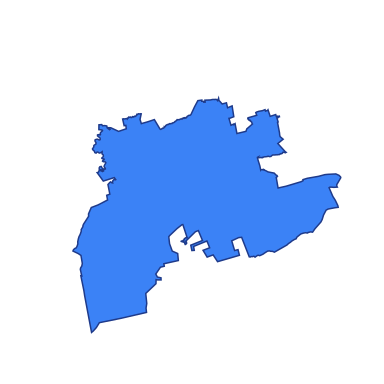 Almoloya de Juárez, México, Mexico, rotated 249°
{"feature_id": "50627088B78235087084668", "entity_name": "Almoloya de Juárez", "entity_type": "district", "adm_level": 2, "iso_a3": "MEX", "parent_name": "Mexico", "parent_adm1": "México", "projection": "robinson", "projection_center": [-99.803, 19.397], "detail": "fine", "context": "isolated", "style": "filled", "palette": "blue", "viewbox_px": 384, "rotation_deg": 249, "n_neighbors": 0, "source": "geoboundaries", "source_scale": "gbopen_adm2", "svg_char_len": 6107}
<svg xmlns="http://www.w3.org/2000/svg" viewBox="0 0 384 384"><g transform="rotate(249 192 192)"><path d="M265.0,115.5L263.6,115.4L262.8,116.2L262.7,116.6L263.3,117.5L263.3,117.8L262.9,118.5L261.8,119.2L261.5,119.6L261.4,120.9L261.8,122.5L259.8,121.7L258.5,122.4L257.3,122.2L256.5,121.3L256.2,120.2L255.9,119.9L255.5,120.0L255.0,120.5L254.5,121.6L254.0,121.8L253.6,121.4L253.2,119.8L252.9,119.5L252.1,120.0L251.2,121.8L250.4,122.1L249.8,121.7L248.3,119.8L247.4,119.1L246.6,119.1L245.4,119.5L244.6,119.4L244.5,118.8L245.3,117.7L245.4,116.9L248.4,116.4L248.6,115.1L247.9,114.1L246.5,113.5L245.8,114.1L244.4,117.0L243.7,117.2L243.3,117.0L243.2,115.7L244.3,114.8L245.3,113.5L245.1,112.7L244.1,111.9L244.0,111.4L244.1,110.4L234.0,113.1L233.3,124.6L230.9,125.2L230.9,124.6L231.4,124.4L231.6,123.7L231.0,122.2L230.2,121.8L229.4,121.1L229.0,121.1L229.5,120.3L230.6,119.8L230.4,118.7L229.1,116.2L219.4,114.5L219.5,111.2L214.8,110.3L213.6,99.7L213.6,92.4L208.6,87.5L206.4,86.8L200.9,79.3L199.9,78.3L198.6,77.6L196.6,75.1L195.1,74.6L192.6,72.5L190.8,70.5L189.0,69.1L186.5,67.5L184.4,66.8L182.4,65.1L181.3,63.8L181.3,62.6L180.8,61.1L180.2,60.2L179.5,59.7L175.3,63.7L172.6,65.6L164.6,64.0L162.4,62.6L160.9,60.7L159.7,60.0L153.1,59.0L153.6,58.2L138.6,55.7L133.6,54.6L96.9,47.9L97.6,50.0L99.7,54.1L103.2,58.7L99.5,80.7L95.9,106.4L100.1,107.5L104.1,109.8L113.9,112.5L119.3,125.5L123.1,127.1L122.3,128.3L121.0,131.6L123.0,132.3L125.0,129.2L128.4,128.8L133.1,135.6L132.6,139.5L135.1,140.0L132.9,154.7L139.7,156.6L143.9,152.4L151.7,152.5L158.6,154.3L159.4,155.7L163.2,164.9L165.1,171.0L164.9,171.8L151.2,171.1L151.2,170.5L151.5,170.3L151.3,169.9L151.5,169.6L151.1,168.1L150.6,167.6L150.2,167.7L150.0,167.3L150.1,166.6L149.8,165.9L149.6,166.0L150.0,164.5L149.9,164.2L149.7,164.2L147.6,167.0L147.2,167.2L146.7,166.8L146.2,167.1L145.5,166.8L145.3,167.2L146.0,168.6L147.3,168.9L148.3,168.5L153.7,181.0L153.7,184.1L143.0,184.4L142.8,171.8L137.4,170.9L136.7,173.2L140.6,174.0L140.9,188.2L140.6,188.2L140.6,188.4L133.6,188.5L133.6,181.4L125.8,182.8L125.7,189.2L117.8,190.9L115.9,213.6L121.7,214.3L122.1,210.8L132.2,211.6L132.7,219.2L131.9,222.1L110.9,222.2L110.4,223.3L110.6,223.9L109.9,225.5L110.0,226.2L109.5,227.1L108.6,227.5L109.3,230.3L109.2,231.2L108.3,232.4L108.4,234.6L108.6,236.7L108.8,236.9L109.7,241.3L109.3,243.1L108.4,244.2L107.8,245.8L106.3,247.4L108.5,261.7L109.3,263.6L109.9,266.3L110.3,267.0L111.0,270.6L111.0,272.5L111.9,273.3L112.4,274.1L113.8,278.5L113.7,281.1L113.3,283.4L112.4,284.9L112.3,285.3L112.6,285.6L112.3,288.3L111.3,290.2L113.6,293.6L117.8,301.6L119.7,303.7L123.3,306.5L127.0,310.7L127.3,313.1L126.1,319.7L125.3,323.0L127.0,323.3L133.0,322.8L137.4,321.9L146.9,321.5L147.1,322.2L146.8,323.4L145.5,326.1L144.5,329.4L145.5,329.3L146.9,329.7L152.0,336.0L152.9,336.1L154.9,335.2L157.3,332.8L159.8,325.2L160.6,322.3L161.3,315.7L163.5,304.5L163.8,300.0L162.8,299.8L162.5,297.7L163.7,281.9L164.9,273.8L175.2,275.8L175.1,276.1L176.0,276.8L176.1,277.4L177.1,277.2L177.4,276.7L180.2,275.5L183.5,270.2L185.6,268.4L186.5,267.3L186.9,267.4L187.6,266.7L187.2,266.4L188.2,264.4L187.9,264.0L192.0,264.7L198.4,265.1L200.9,265.5L201.0,266.4L200.7,266.0L200.6,266.4L200.0,266.8L199.6,268.6L199.2,268.9L199.1,269.9L198.9,269.9L198.7,270.3L199.0,270.9L198.8,272.8L198.5,273.3L198.1,275.2L198.2,275.8L197.2,277.1L197.1,277.6L196.9,278.4L197.6,280.2L197.6,280.8L197.0,282.2L196.9,283.0L196.7,283.2L196.7,283.9L196.2,284.6L196.1,285.7L195.6,286.8L196.0,288.0L195.8,288.1L195.9,288.8L195.6,289.4L195.8,290.3L196.3,290.7L196.2,290.9L196.5,291.4L195.5,293.0L195.2,293.1L195.3,294.1L196.2,293.5L206.5,289.5L208.6,296.0L212.1,294.1L213.8,294.3L215.9,294.9L226.4,296.8L226.5,297.5L230.7,297.8L230.6,298.9L231.1,299.0L230.9,300.6L231.5,300.7L231.6,299.2L232.1,299.2L232.3,297.8L234.3,297.9L234.6,292.1L241.5,292.4L241.1,291.8L241.2,289.6L242.7,289.7L242.7,286.8L243.4,283.3L243.5,281.0L243.3,280.0L240.4,279.9L241.2,271.1L240.8,271.1L240.8,270.6L240.5,270.4L240.4,270.7L239.0,270.7L238.4,271.5L238.4,271.8L237.6,272.1L237.5,271.8L235.8,272.8L234.9,272.6L233.8,272.8L231.3,265.8L229.3,264.1L230.5,254.9L240.4,256.7L239.9,255.2L240.5,255.2L240.3,252.3L247.5,252.9L247.3,253.8L247.3,258.0L258.0,260.3L257.9,255.4L262.9,256.1L263.4,251.7L267.9,250.0L268.2,249.5L268.8,250.2L270.0,250.4L268.0,248.7L269.5,248.1L270.0,247.4L270.1,246.4L270.4,246.1L271.1,244.0L271.3,242.3L273.1,237.0L271.2,236.5L271.6,235.2L272.4,235.4L273.2,233.6L274.3,234.1L275.2,230.2L270.6,224.9L264.6,218.7L264.3,217.7L264.7,216.6L264.5,215.6L264.3,214.5L264.0,214.3L263.7,213.6L263.4,213.5L263.3,212.9L263.4,211.9L264.0,212.0L264.1,211.5L264.2,210.8L263.8,210.5L264.2,209.6L263.9,209.5L263.6,208.7L264.1,208.3L264.3,207.1L264.1,206.9L264.1,205.8L264.7,204.7L264.6,204.1L264.8,203.9L264.4,203.5L264.4,203.1L264.0,202.3L263.9,201.2L263.5,200.9L263.3,199.5L263.5,198.5L263.1,197.9L263.3,197.6L263.5,195.9L263.8,195.8L263.8,194.9L263.5,194.2L263.6,193.4L263.8,193.3L263.7,191.9L263.4,191.6L263.3,191.0L262.9,190.8L262.4,189.6L262.8,189.4L262.3,189.1L261.8,188.4L262.0,188.0L261.9,187.5L262.1,187.4L261.6,185.3L262.2,184.7L273.1,182.8L273.4,175.8L274.0,169.2L278.4,169.5L283.2,172.6L283.5,172.1L283.5,171.5L284.3,169.8L283.8,168.7L284.2,168.3L283.7,168.0L283.3,167.0L282.8,166.5L283.0,165.5L283.3,165.4L283.0,164.7L283.3,164.2L283.1,164.0L283.7,163.4L283.2,162.7L283.2,162.1L283.6,161.8L283.6,161.5L284.2,161.2L284.1,160.6L284.4,160.0L284.2,159.6L284.5,159.6L284.0,158.4L284.0,158.0L283.7,158.1L283.4,157.8L283.8,157.7L283.7,157.3L284.1,156.7L284.5,154.8L284.9,154.3L285.0,153.4L278.2,152.4L277.9,154.1L274.6,153.3L274.9,145.2L281.1,139.2L282.2,136.6L280.7,137.3L279.9,137.9L279.7,137.4L282.2,135.8L284.2,136.1L285.3,134.3L285.9,132.2L287.3,131.9L288.1,129.2L283.6,127.4L282.2,130.1L281.6,130.5L281.3,130.4L280.3,128.0L279.5,127.3L278.4,127.1L278.2,126.7L278.9,125.7L279.2,124.7L279.1,124.2L278.2,123.9L275.6,125.4L274.6,125.4L273.8,125.0L273.8,124.0L275.1,122.8L275.4,122.1L275.5,120.5L275.2,120.0L273.8,119.7L272.7,120.1L271.2,119.5L270.7,117.2L270.4,116.9L269.2,116.4L267.9,114.5L267.1,114.5L265.0,115.5Z" fill="#3b82f6" stroke="#1e3a8a" stroke-width="1.5"/></g></svg>